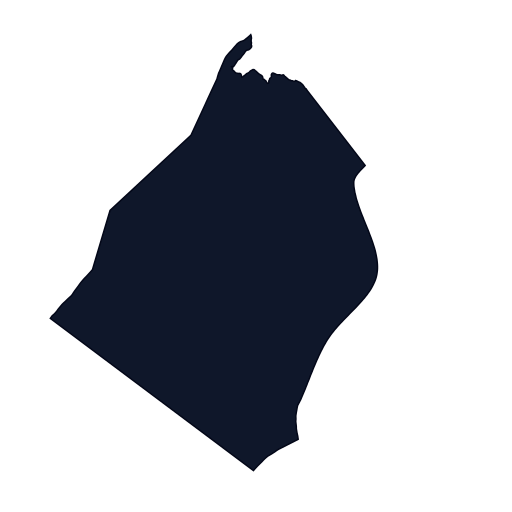 Famatina, La Rioja, Argentina (Robinson projection), rotated 37°
{"feature_id": "61730980B89547050111737", "entity_name": "Famatina", "entity_type": "district", "adm_level": 2, "iso_a3": "ARG", "parent_name": "Argentina", "parent_adm1": "La Rioja", "projection": "robinson", "projection_center": [-67.626, -28.654], "detail": "fine", "context": "isolated", "style": "filled", "palette": "ink", "viewbox_px": 512, "rotation_deg": 37, "n_neighbors": 0, "source": "geoboundaries", "source_scale": "gbopen_adm2", "svg_char_len": 5521}
<svg xmlns="http://www.w3.org/2000/svg" viewBox="0 0 512 512"><g transform="rotate(37 256 256)"><path d="M118.6,82.4L118.4,83.8L117.5,88.1L117.4,88.1L116.8,90.8L115.8,92.5L114.6,94.1L113.8,96.0L113.3,98.0L113.2,100.0L113.0,102.1L112.9,104.1L112.8,106.2L112.5,108.2L112.3,110.3L112.2,112.3L112.1,114.4L112.3,116.4L112.7,118.4L113.2,120.4L113.7,122.4L114.2,124.4L114.2,124.6L114.7,126.4L115.2,128.4L115.7,130.4L116.1,132.4L116.8,134.3L117.5,136.2L118.3,138.1L120.5,148.5L122.9,159.6L124.4,166.3L131.4,198.7L112.0,307.4L113.3,310.9L131.3,359.2L133.6,365.3L133.4,368.5L133.2,370.5L133.0,372.6L132.8,374.6L132.5,376.6L132.3,378.7L132.2,380.7L132.1,382.8L132.1,384.8L132.2,386.9L132.2,389.0L132.2,391.0L132.2,393.1L132.3,395.1L132.5,397.2L132.4,399.2L132.0,401.2L131.6,403.3L131.3,405.3L131.0,407.3L130.6,409.3L130.3,411.4L130.2,413.4L130.1,415.5L130.0,417.5L130.1,419.6L130.0,421.7L129.8,423.7L129.2,426.4L129.3,429.6L383.1,428.9L383.2,426.9L383.4,424.8L383.6,422.8L383.9,420.7L384.2,418.7L384.5,416.7L384.7,414.6L385.0,412.6L385.4,410.6L385.9,408.6L386.7,406.7L387.5,404.8L388.2,402.9L388.9,401.0L389.5,399.0L390.2,397.1L400.0,377.0L397.7,374.7L395.1,372.5L392.2,369.7L390.7,367.8L389.0,366.0L387.3,364.2L386.0,362.2L384.0,359.7L382.5,357.0L381.2,354.4L380.2,352.5L379.2,350.3L378.1,343.7L377.2,340.2L376.7,338.2L376.2,336.2L375.7,334.2L375.2,332.2L374.6,330.2L374.1,328.2L373.5,326.3L373.0,324.3L372.5,322.3L371.9,320.3L371.3,318.3L370.8,316.3L370.3,314.3L369.7,312.3L369.1,310.0L368.7,308.3L368.2,306.3L367.7,304.3L367.2,302.3L366.8,300.3L366.3,298.3L365.9,296.3L365.5,294.3L365.1,292.3L364.8,290.3L364.4,288.3L364.1,286.3L363.9,284.2L363.6,282.2L363.4,280.2L363.3,278.1L363.2,276.1L363.1,274.0L363.1,271.9L363.2,269.7L363.2,267.6L363.4,265.4L363.5,263.3L363.7,261.1L363.9,258.9L364.2,256.7L364.4,254.5L364.7,252.3L365.0,250.1L365.3,247.9L365.5,245.7L365.8,243.5L366.1,241.3L366.4,239.2L366.7,237.0L366.9,234.8L367.1,232.7L367.3,230.5L367.5,228.4L367.6,226.3L367.8,224.2L367.8,222.1L367.9,220.1L367.8,218.1L367.8,216.1L367.7,214.1L367.5,212.2L367.2,210.2L366.9,208.4L366.5,206.5L366.1,204.7L365.6,202.9L365.0,201.2L364.3,199.5L363.5,197.8L362.6,196.2L361.7,194.6L360.7,193.1L359.6,191.6L358.4,190.1L357.2,188.7L355.9,187.3L354.6,185.9L353.2,184.6L351.8,183.3L350.3,182.0L348.8,180.7L347.2,179.4L345.6,178.2L343.9,177.0L342.2,175.8L340.5,174.6L338.8,173.5L337.0,172.3L335.2,171.2L333.4,170.1L331.6,168.9L329.8,167.8L327.9,166.7L326.1,165.6L324.2,164.5L322.4,163.4L320.5,162.3L318.7,161.1L316.8,160.0L315.0,158.9L314.7,158.7L313.2,157.8L311.4,156.6L309.7,155.5L307.9,154.3L306.2,153.1L304.5,151.9L302.8,150.7L301.2,149.5L300.6,149.0L299.7,148.2L298.1,146.9L296.6,145.7L295.2,144.3L293.8,143.0L292.4,141.6L291.2,140.2L290.0,138.7L289.0,137.2L288.3,135.4L287.9,133.6L287.6,131.6L287.6,129.5L287.6,128.0L287.7,127.4L287.8,125.2L288.1,123.0L288.4,120.7L288.7,118.4L288.7,118.0L197.2,93.0L196.5,92.7L196.2,92.7L195.3,92.3L194.9,92.5L194.2,92.5L193.9,92.3L193.6,92.2L192.9,91.9L192.3,91.9L192.0,91.7L191.3,91.4L190.2,91.1L189.9,91.1L189.6,91.0L188.9,91.0L188.1,90.9L187.6,90.9L186.4,90.9L185.4,91.3L184.6,91.4L184.1,91.5L183.2,91.6L182.7,91.8L181.9,92.1L181.9,92.9L181.6,93.4L181.2,93.7L180.1,94.0L179.6,94.1L178.5,94.9L177.5,94.9L177.0,95.3L176.3,95.4L174.7,95.4L173.8,95.4L173.4,95.2L172.7,95.5L172.1,95.1L170.5,95.2L169.8,94.9L169.2,94.8L168.7,94.9L168.0,95.8L167.7,96.4L166.9,96.6L166.0,96.9L165.0,97.6L164.5,98.1L163.1,98.8L162.7,98.8L162.3,98.9L161.9,98.9L161.5,99.1L160.9,99.2L160.3,99.3L159.9,99.5L159.5,99.6L159.0,100.1L158.9,100.8L159.0,101.7L159.2,102.0L159.3,102.3L159.6,102.6L159.9,103.0L160.3,103.5L160.6,103.8L160.6,104.7L160.2,105.6L160.2,105.9L160.4,106.6L160.6,107.0L160.8,107.5L160.8,108.1L160.9,108.6L161.4,109.1L161.5,109.3L162.0,109.9L162.0,110.1L162.0,110.4L161.8,110.8L161.5,111.1L161.3,111.1L161.2,111.1L160.8,111.1L160.6,111.0L159.2,110.6L158.7,110.3L158.6,110.2L158.0,110.2L156.8,110.2L155.9,110.1L155.8,110.3L155.2,110.6L154.7,110.2L154.1,109.5L153.7,109.1L152.8,108.6L152.0,108.5L151.2,108.5L150.2,108.7L149.5,108.7L148.6,108.8L147.4,108.7L146.8,108.6L146.2,108.8L145.4,108.3L144.8,108.5L144.5,108.5L144.0,108.5L143.7,108.4L143.1,108.3L142.5,108.3L142.1,108.4L141.2,109.1L141.2,109.3L140.9,109.9L140.9,110.0L140.7,110.4L140.1,111.7L140.1,112.6L139.9,113.8L139.5,114.6L139.4,115.0L138.8,115.9L138.5,117.4L138.4,118.0L138.1,119.1L137.8,119.9L137.7,120.9L137.2,121.8L136.4,121.3L135.6,120.5L135.1,120.2L134.4,119.8L133.9,119.7L133.5,119.8L133.0,120.0L132.4,120.6L131.8,120.9L131.0,121.4L130.5,121.6L130.0,121.8L129.9,121.9L129.4,122.0L128.9,121.9L128.5,121.8L127.8,121.7L126.9,121.5L126.4,121.5L126.1,121.5L125.3,121.4L125.2,121.4L124.8,121.3L124.6,121.0L124.5,120.7L124.4,120.4L124.3,120.1L124.2,119.8L124.1,119.7L123.7,119.5L123.4,119.4L122.9,119.6L122.5,119.6L122.4,119.5L122.7,119.2L122.9,119.1L123.1,118.9L123.3,118.8L123.6,118.7L123.8,118.5L124.0,118.3L124.0,118.1L124.1,117.1L124.0,115.9L123.9,115.4L123.9,114.1L123.8,113.3L123.7,112.1L123.6,110.8L123.7,110.1L124.2,108.9L124.4,108.6L124.4,107.8L124.5,106.6L124.5,105.1L124.4,104.5L124.5,103.2L124.6,102.6L124.6,102.4L124.5,101.7L124.6,100.9L124.4,100.1L124.5,99.7L124.5,98.8L124.5,98.6L124.5,97.7L124.9,97.3L125.1,96.8L125.3,96.6L125.8,96.1L126.0,95.8L126.2,95.4L126.3,94.9L126.4,94.5L126.5,94.3L126.6,93.9L126.6,93.5L126.7,92.7L126.6,91.6L126.0,90.7L125.6,90.5L125.1,90.2L124.7,89.5L124.4,89.2L124.3,88.7L123.5,87.9L122.9,87.5L121.9,86.0L121.4,84.9L120.6,84.0L119.4,82.9L118.6,82.4Z" fill="#0f172a" stroke="#020617" stroke-width="1.5"/></g></svg>